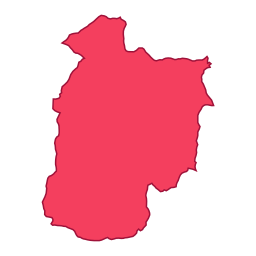 outline of Lençóis Paulista, São Paulo, Brazil
{"feature_id": "56859067B81397849661237", "entity_name": "Lençóis Paulista", "entity_type": "district", "adm_level": 2, "iso_a3": "BRA", "parent_name": "Brazil", "parent_adm1": "São Paulo", "projection": "orthographic", "projection_center": [-48.82, -22.668], "detail": "fine", "context": "isolated", "style": "filled", "palette": "rose", "viewbox_px": 256, "rotation_deg": 0, "n_neighbors": 0, "source": "geoboundaries", "source_scale": "gbopen_adm2", "svg_char_len": 3542}
<svg xmlns="http://www.w3.org/2000/svg" viewBox="0 0 256 256"><path d="M62.1,43.0L64.6,43.9L66.5,44.6L68.7,45.6L70.7,48.1L72.4,49.8L74.0,52.1L75.8,53.1L77.8,53.3L79.6,54.3L81.4,55.4L82.8,56.8L84.4,58.3L82.4,59.2L80.8,61.3L78.9,62.2L78.0,65.7L77.3,67.6L75.8,68.7L72.9,71.4L70.8,74.5L69.0,79.3L67.3,82.0L64.8,84.5L62.2,86.7L61.8,88.4L61.3,90.7L61.6,92.7L59.7,94.3L60.3,96.4L58.9,98.3L55.7,99.1L53.3,99.0L52.9,108.7L54.8,110.6L57.3,111.9L60.1,112.8L57.0,119.4L57.2,121.8L58.4,123.8L59.0,125.8L59.2,130.3L59.2,133.2L58.6,135.8L56.7,137.1L55.5,139.1L55.1,141.0L54.7,143.2L55.2,145.3L55.4,147.3L55.5,149.2L56.2,151.5L56.8,153.9L56.1,156.7L55.7,159.9L55.6,162.2L55.6,164.4L56.2,167.2L56.4,169.2L56.3,171.2L54.9,172.4L53.7,173.9L51.3,175.6L49.3,176.3L47.9,178.1L47.4,180.0L46.9,182.7L46.1,186.1L46.7,188.4L46.2,193.3L45.0,196.7L42.4,202.1L43.2,205.1L43.8,208.6L44.8,210.8L44.7,214.6L46.3,216.5L49.5,217.1L51.9,217.6L52.9,219.3L52.8,221.1L51.1,223.8L52.6,225.2L54.8,225.0L57.4,225.5L59.6,225.6L61.7,225.8L63.9,226.3L65.8,226.4L67.8,227.6L70.4,228.6L73.0,229.6L74.7,231.3L75.8,233.8L76.8,235.6L78.1,236.9L80.6,237.4L82.0,238.3L83.6,238.9L85.3,239.2L87.6,239.8L90.5,240.3L94.3,240.6L97.3,240.6L99.3,240.6L101.6,240.0L103.9,239.0L105.6,238.2L107.6,237.5L109.2,238.7L111.4,239.5L114.1,238.9L116.3,238.2L118.8,238.1L121.2,238.4L123.3,238.3L125.0,237.8L127.3,237.6L130.0,237.0L132.9,236.4L135.0,234.8L136.6,233.0L137.0,230.9L138.6,229.1L140.4,230.7L142.5,229.6L143.4,228.0L144.6,226.7L146.1,225.1L146.0,222.1L147.1,220.4L148.4,218.2L149.7,214.9L149.6,213.0L148.9,210.7L148.1,209.0L146.4,206.9L146.5,205.0L146.6,201.1L146.4,198.2L145.8,195.7L146.0,193.9L146.6,191.6L147.4,189.4L147.6,187.0L147.9,185.2L149.7,184.4L151.9,183.3L152.9,184.8L154.9,186.5L156.0,188.0L158.2,189.6L160.5,191.6L162.8,191.2L164.2,189.9L166.2,190.7L167.6,189.9L169.4,188.7L171.0,187.6L173.8,187.4L176.1,186.7L176.3,184.7L177.0,182.6L178.2,180.4L179.2,177.4L180.3,175.0L181.9,173.2L184.5,172.0L186.2,171.6L187.6,170.5L188.2,168.2L192.9,169.2L196.1,170.6L195.3,168.6L195.0,166.6L195.3,164.6L196.1,162.6L194.7,161.4L195.0,158.4L196.0,155.4L196.6,152.6L196.3,149.9L196.8,147.0L197.7,144.7L196.3,140.8L197.4,137.4L197.8,135.5L197.8,131.9L199.3,128.9L200.0,126.5L198.9,124.8L197.8,122.5L197.8,119.5L197.8,115.4L199.0,112.4L201.1,109.2L202.3,106.7L204.1,105.3L205.6,104.8L207.8,104.8L211.8,105.6L213.6,105.5L211.6,100.2L210.3,98.6L207.4,95.1L206.2,92.9L205.7,89.9L204.8,87.7L203.3,84.1L201.7,81.5L201.8,79.3L201.4,77.3L201.9,75.1L203.6,73.0L203.9,70.3L205.9,68.7L207.7,67.6L210.1,67.3L209.1,65.2L211.0,63.8L209.4,62.4L207.6,63.2L207.5,60.6L208.0,58.2L207.0,56.5L205.6,57.8L203.8,59.2L202.2,60.0L199.2,60.0L196.6,60.2L195.0,60.9L192.6,61.0L188.5,59.3L186.8,58.8L184.5,58.5L182.3,58.3L180.1,58.9L178.4,58.8L176.6,59.4L174.8,59.6L170.8,58.2L168.2,58.0L165.6,58.3L164.0,58.9L162.3,59.9L159.6,59.8L156.4,60.8L154.5,60.4L152.9,59.2L150.7,57.1L149.2,55.3L147.6,53.8L145.8,52.2L143.9,49.1L142.3,48.0L138.9,48.0L136.4,50.4L133.8,51.8L129.7,51.7L127.9,51.6L126.1,50.8L124.9,48.8L124.5,45.8L123.8,43.0L123.6,40.9L123.8,38.7L123.5,36.2L123.3,34.1L123.4,31.0L124.2,28.3L125.3,26.2L126.1,24.3L125.4,21.9L123.7,20.6L121.1,19.2L120.2,17.2L118.5,18.2L116.7,18.7L115.1,18.4L112.8,18.3L110.4,18.9L108.0,18.3L106.2,16.7L104.3,15.9L101.2,15.4L98.9,16.7L96.5,18.9L94.2,21.1L92.8,22.2L90.7,23.6L89.3,24.5L87.6,26.3L84.0,28.4L82.6,29.4L81.0,30.3L79.7,31.6L78.3,33.0L76.1,33.2L73.9,33.5L71.8,34.0L69.5,35.0L68.4,37.3L67.3,38.9L65.9,40.3L63.8,41.7L62.1,43.0Z" fill="#f43f5e" stroke="#9f1239" stroke-width="1.5"/></svg>